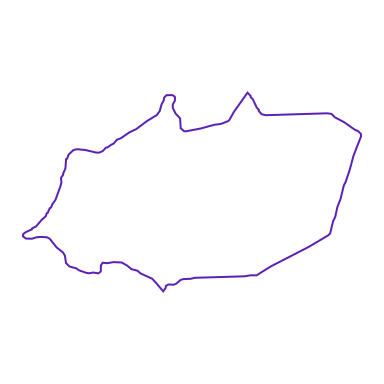 the district of Sipacapa, San Marcos, Guatemala
{"feature_id": "79465075B25557085984198", "entity_name": "Sipacapa", "entity_type": "district", "adm_level": 2, "iso_a3": "GTM", "parent_name": "Guatemala", "parent_adm1": "San Marcos", "projection": "albers", "projection_center": [-91.681, 15.195], "detail": "fine", "context": "isolated", "style": "outline", "palette": "violet", "viewbox_px": 384, "rotation_deg": 0, "n_neighbors": 0, "source": "geoboundaries", "source_scale": "gbopen_adm2", "svg_char_len": 1704}
<svg xmlns="http://www.w3.org/2000/svg" viewBox="0 0 384 384"><path d="M271.4,266.1L308.7,246.9L328.4,235.2L330.1,233.5L333.1,221.3L335.2,217.0L337.4,207.0L340.6,198.8L343.8,185.5L345.9,181.3L349.9,169.2L353.5,155.7L361.0,136.5L360.9,133.9L357.8,130.9L355.2,130.0L344.0,122.1L335.0,117.4L331.5,113.9L327.2,113.3L265.7,115.2L261.6,114.2L258.7,110.9L258.9,110.0L256.6,107.3L252.6,98.9L250.7,97.3L250.6,95.9L247.5,92.7L233.9,111.9L229.3,120.1L227.7,121.3L220.7,124.0L214.6,124.7L200.7,128.5L186.0,131.3L184.1,131.2L180.7,128.2L180.1,118.4L175.6,113.6L172.8,107.9L172.8,104.4L174.9,100.7L175.0,97.2L174.0,96.0L172.1,95.1L166.4,95.2L164.1,97.7L163.7,100.5L161.6,104.3L159.7,111.1L156.7,115.1L147.2,120.9L136.1,129.2L129.5,132.3L120.9,138.2L116.8,139.8L113.6,143.6L111.3,144.7L107.6,147.3L105.9,147.7L102.6,151.2L99.1,152.6L96.2,152.6L85.3,150.0L77.2,149.2L73.5,150.0L68.5,154.7L67.2,158.6L66.1,159.2L65.4,168.5L63.1,173.7L63.2,174.7L61.0,177.9L61.4,182.3L60.7,185.5L55.4,200.0L52.3,204.3L51.1,207.4L49.7,208.3L47.6,213.0L46.7,213.3L45.7,216.3L41.7,219.8L35.9,226.6L32.0,228.4L31.9,229.4L25.8,232.1L23.1,234.2L23.0,236.4L26.1,238.6L32.1,238.7L36.4,237.3L41.2,236.9L47.0,237.3L49.7,238.7L56.6,247.4L63.1,252.6L64.9,255.6L66.0,263.1L69.5,266.5L76.2,268.3L79.0,270.3L86.4,272.9L89.2,273.3L93.4,272.5L98.1,273.4L99.7,272.4L100.8,271.4L100.9,265.5L102.6,262.7L107.4,263.2L113.4,262.1L121.7,262.5L127.0,265.5L131.6,269.2L137.4,270.7L140.7,273.5L152.2,278.7L156.3,283.2L163.2,291.3L163.9,290.3L165.7,287.9L165.9,286.0L168.3,284.5L173.6,284.7L176.2,283.7L180.7,279.9L183.4,279.1L190.7,278.8L194.7,277.8L244.8,276.3L250.3,275.3L256.7,275.3L260.7,272.7L271.4,266.1Z" fill="none" stroke="#5b21b6" stroke-width="2"/></svg>